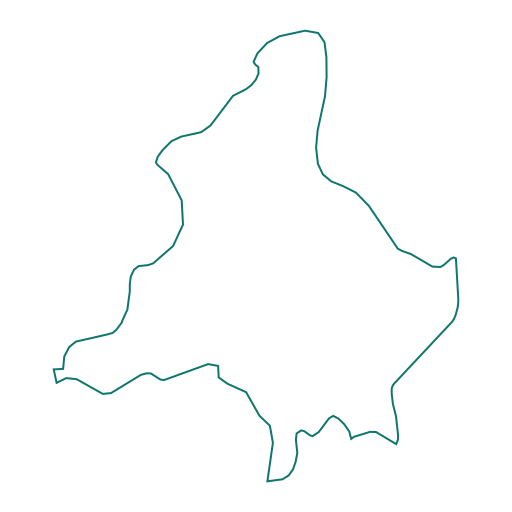 Verbano-Cusio-Ossola, Mercator projection
{"feature_id": "ITA-5437", "entity_name": "Verbano-Cusio-Ossola", "entity_type": "Province", "adm_level": 1, "iso_a3": "ITA", "parent_name": "Italy", "parent_adm1": "", "projection": "mercator", "projection_center": [8.313, 46.111], "detail": "fine", "context": "isolated", "style": "outline", "palette": "teal", "viewbox_px": 512, "rotation_deg": 0, "n_neighbors": 0, "source": "natural_earth", "source_scale": "10m", "svg_char_len": 1576}
<svg xmlns="http://www.w3.org/2000/svg" viewBox="0 0 512 512"><path d="M53.7,369.4L63.1,368.9L64.3,356.4L69.3,346.9L75.9,341.6L108.3,334.2L112.7,332.9L116.0,330.2L121.7,322.7L122.0,321.3L126.5,311.5L127.3,310.1L129.8,291.4L129.8,284.0L130.8,276.4L134.1,269.6L138.6,266.1L148.1,265.1L153.1,263.4L173.1,246.0L183.0,224.6L181.7,200.4L168.2,174.2L157.5,164.9L155.9,162.3L157.8,156.7L162.4,150.3L171.4,141.2L181.2,136.6L201.1,132.2L210.5,125.5L233.0,95.8L246.0,89.2L251.3,85.2L255.8,79.7L258.5,73.6L258.3,66.9L255.3,64.6L253.6,61.8L257.4,53.4L267.1,43.0L279.6,36.2L299.0,32.0L305.1,30.7L318.2,33.0L324.5,42.2L326.4,57.1L326.6,77.2L325.0,96.3L317.6,130.6L316.1,147.6L317.9,163.8L322.9,174.4L331.3,181.4L343.2,186.2L355.9,192.6L368.9,205.9L397.8,248.7L402.2,251.0L411.0,254.1L432.4,266.6L440.4,267.0L443.7,265.1L450.8,258.8L453.6,257.5L455.9,258.4L458.3,299.0L458.2,302.7L457.7,307.2L455.6,315.2L453.9,319.1L452.1,321.8L393.8,384.0L392.6,385.8L391.7,388.7L391.7,393.7L392.9,403.9L396.0,416.2L398.1,435.7L397.9,439.8L397.0,442.1L396.2,444.1L376.0,432.0L369.9,431.9L354.0,436.8L351.2,438.9L349.2,431.4L344.2,424.2L338.3,418.5L333.2,415.9L329.0,418.4L318.7,432.1L312.6,436.1L310.1,435.4L304.3,431.2L301.2,430.4L296.6,433.5L295.9,439.8L297.3,452.9L295.7,461.6L293.0,469.3L288.7,475.4L282.5,479.3L267.4,481.3L272.9,442.8L269.9,425.7L259.5,415.8L246.1,392.2L227.4,383.7L218.7,377.4L218.1,365.9L208.1,364.1L163.9,380.1L160.3,379.5L150.9,373.5L146.7,373.3L141.0,374.8L111.0,393.1L102.8,393.9L76.7,379.2L66.2,378.1L56.6,382.8L53.7,369.4Z" fill="none" stroke="#0f766e" stroke-width="2"/></svg>